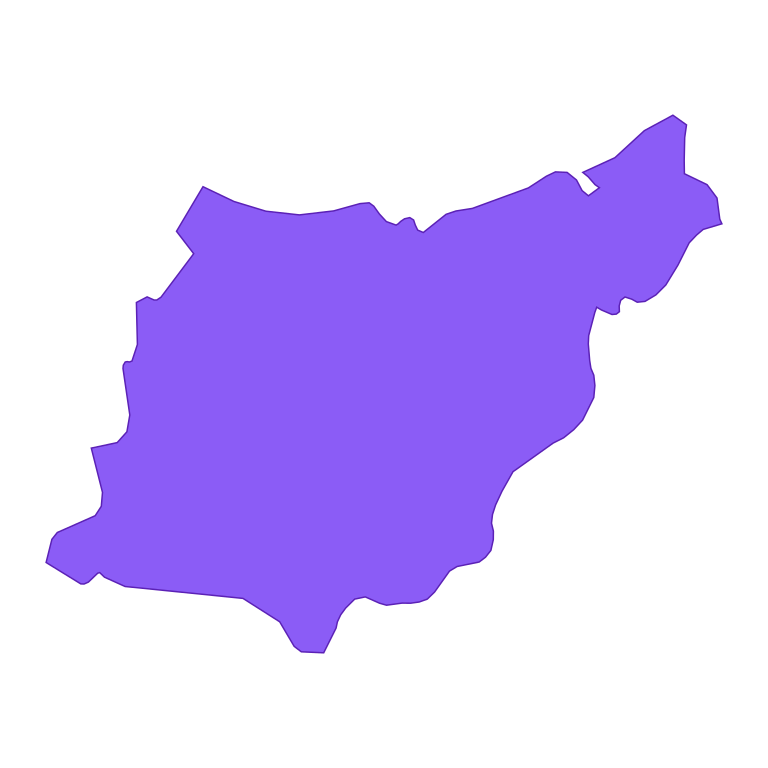 the Autonomous Community of Gipuzkoa
{"feature_id": "ESP-5823", "entity_name": "Gipuzkoa", "entity_type": "Autonomous Community", "adm_level": 1, "iso_a3": "ESP", "parent_name": "Spain", "parent_adm1": "", "projection": "albers", "projection_center": [-2.13, 43.148], "detail": "fine", "context": "isolated", "style": "filled", "palette": "violet", "viewbox_px": 768, "rotation_deg": 0, "n_neighbors": 0, "source": "natural_earth", "source_scale": "10m", "svg_char_len": 1742}
<svg xmlns="http://www.w3.org/2000/svg" viewBox="0 0 768 768"><path d="M686.5,124.9L684.7,137.6L684.2,160.4L684.4,173.7L707.1,184.7L717.0,198.0L719.8,219.2L721.9,223.8L703.2,229.4L696.5,235.1L689.2,242.8L678.0,265.0L665.8,285.0L655.9,294.9L645.0,301.4L637.2,302.2L631.8,299.2L625.0,297.0L620.7,300.3L619.2,305.9L619.4,311.7L616.3,314.1L612.0,314.5L601.5,310.0L596.7,307.2L594.8,312.5L588.7,335.6L588.3,343.9L589.7,360.6L590.9,368.3L593.8,375.2L594.9,385.5L593.8,397.5L582.6,420.1L573.7,429.7L563.6,437.8L553.1,443.1L513.0,471.7L502.0,491.2L495.6,504.9L492.5,514.5L491.5,523.2L493.4,531.1L493.3,539.7L490.9,550.4L485.5,557.2L479.2,562.0L457.1,566.5L449.5,571.1L434.6,592.0L427.3,599.1L419.2,602.0L410.6,603.2L402.1,603.1L386.5,605.2L379.5,603.2L365.3,596.9L354.7,599.1L345.7,608.0L340.7,614.8L337.4,621.8L336.1,628.0L323.7,652.8L301.3,651.8L294.2,646.4L279.7,621.8L243.0,598.4L125.1,586.5L104.5,577.2L99.7,572.6L97.7,573.2L88.4,582.1L84.1,584.0L80.8,583.9L46.1,562.5L51.9,539.3L57.3,532.5L95.2,515.7L101.3,506.3L102.5,492.4L91.3,448.1L117.2,442.6L126.9,431.8L129.8,415.0L123.0,368.5L123.3,365.2L125.2,362.0L127.2,361.6L129.4,362.0L132.0,361.0L137.4,344.5L136.4,302.5L147.1,296.9L154.1,300.0L156.8,300.0L161.0,297.2L193.7,253.7L176.5,231.3L203.0,186.7L234.0,201.5L265.9,211.2L299.4,214.9L333.7,210.9L360.0,203.6L369.2,202.8L373.8,206.2L379.3,213.9L386.4,221.6L396.1,225.1L398.1,223.9L400.7,221.4L404.5,218.8L409.8,217.6L413.6,220.0L415.3,225.1L417.7,230.1L423.3,232.5L446.1,214.3L455.9,211.0L472.4,208.4L528.4,187.9L546.4,176.2L555.4,171.9L567.1,172.4L576.5,180.0L582.1,190.6L588.4,195.8L599.4,187.7L595.0,184.6L588.2,176.8L582.8,172.4L614.9,157.7L644.4,130.6L672.9,115.2L686.5,124.9Z" fill="#8b5cf6" stroke="#5b21b6" stroke-width="1.5"/></svg>